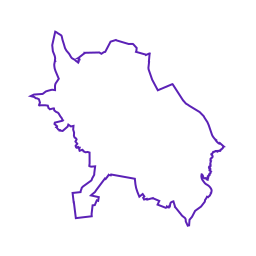 the district of Hamilton City, Waikato, New Zealand, rotated 354°
{"feature_id": "76426892B9049934298416", "entity_name": "Hamilton City", "entity_type": "district", "adm_level": 2, "iso_a3": "NZL", "parent_name": "New Zealand", "parent_adm1": "Waikato", "projection": "robinson", "projection_center": [175.284, -37.773], "detail": "fine", "context": "isolated", "style": "outline", "palette": "violet", "viewbox_px": 256, "rotation_deg": 354, "n_neighbors": 0, "source": "geoboundaries", "source_scale": "gbopen_adm2", "svg_char_len": 5574}
<svg xmlns="http://www.w3.org/2000/svg" viewBox="0 0 256 256"><g transform="rotate(354 128 128)"><path d="M66.2,196.1L66.4,196.1L66.7,212.2L73.3,212.1L82.7,212.0L82.8,209.7L84.7,201.2L86.9,201.2L89.4,196.7L90.7,197.3L91.7,193.7L84.1,191.2L84.7,190.7L87.9,188.6L88.6,188.1L89.5,186.9L99.8,175.8L100.4,176.4L102.6,174.0L103.0,173.5L103.3,173.2L103.3,173.3L103.8,172.7L106.0,173.3L106.4,172.5L129.5,179.2L129.5,183.4L129.5,184.7L129.6,185.9L129.8,188.4L130.1,189.9L130.7,192.7L132.1,197.5L135.7,195.2L137.1,197.8L135.8,199.0L136.5,200.8L139.4,200.4L139.6,201.2L145.4,200.3L145.5,200.7L145.9,200.7L151.5,203.8L149.4,207.3L157.2,211.3L158.1,211.0L158.5,210.1L159.4,211.0L160.3,211.3L160.6,210.7L160.4,210.6L160.5,210.4L160.9,210.5L161.1,209.9L161.5,210.1L162.2,207.5L162.8,206.6L164.4,205.9L165.5,205.7L166.6,211.4L166.5,211.5L166.7,211.8L166.8,211.8L170.6,217.7L170.6,217.8L171.1,218.4L171.9,219.8L172.8,221.1L175.1,223.3L175.6,224.1L175.8,225.0L175.7,226.9L175.7,227.0L177.2,231.4L178.1,231.2L178.6,231.2L179.6,225.7L182.4,223.0L186.1,217.4L192.4,213.8L196.7,209.3L197.1,207.7L198.4,206.2L199.4,204.6L200.4,205.1L200.5,204.9L201.6,204.3L202.2,203.8L202.4,203.6L202.9,202.8L203.5,201.9L203.8,201.5L203.7,201.3L203.9,201.2L204.2,200.5L204.6,199.1L204.6,198.4L204.4,197.5L204.0,196.6L203.7,196.0L203.0,194.9L202.7,194.5L202.6,194.4L201.5,193.3L199.6,191.9L199.0,191.3L198.6,190.8L197.2,188.5L196.4,187.0L196.2,186.3L196.0,185.5L195.9,184.0L196.0,183.3L196.1,182.7L196.4,181.8L196.7,181.9L196.8,182.0L197.3,182.9L197.5,183.4L197.4,184.0L197.5,184.3L197.8,184.8L198.2,185.7L198.5,186.0L199.1,186.1L199.8,185.9L200.3,186.0L200.5,186.1L200.5,186.7L200.8,187.2L201.4,187.7L201.7,187.8L201.9,187.8L201.9,187.7L201.7,187.3L201.9,187.1L201.9,186.6L202.0,186.5L202.4,186.4L202.5,186.1L202.4,185.7L202.6,185.4L202.4,185.2L202.8,184.8L202.9,184.7L202.8,184.4L202.6,184.3L202.5,184.2L203.0,183.8L203.6,183.7L203.8,183.6L203.7,183.4L203.6,183.1L203.7,182.9L204.2,182.8L204.1,182.4L204.1,182.2L204.3,182.0L205.2,181.7L205.3,181.5L205.4,181.3L205.3,180.9L205.6,180.5L205.6,180.3L205.9,180.1L205.6,179.8L205.7,179.5L205.6,179.4L205.2,179.0L204.7,178.7L204.8,178.5L205.3,178.4L205.4,178.0L205.6,177.7L205.7,177.4L205.6,177.2L205.2,177.3L204.9,176.9L204.5,176.8L204.5,176.6L204.8,176.0L204.8,175.9L204.5,175.7L204.4,175.5L204.7,174.9L204.8,174.9L205.2,175.0L205.7,175.0L206.0,174.8L206.2,174.2L206.1,173.9L206.0,173.7L206.3,173.3L206.2,173.1L206.0,172.8L206.0,172.4L206.2,172.0L206.2,171.7L206.4,171.4L206.5,170.8L206.7,170.5L206.7,170.2L207.0,169.8L207.1,169.6L206.7,169.4L206.6,169.2L206.6,168.7L206.8,168.3L206.8,167.7L206.8,167.4L207.0,167.2L207.7,167.0L207.8,166.9L207.9,166.5L208.1,166.5L208.3,166.2L208.6,166.1L208.9,165.9L209.2,165.1L209.1,164.3L208.8,164.0L208.7,163.4L208.1,163.1L208.1,162.8L208.2,162.6L208.8,162.6L209.0,162.5L209.1,162.4L209.2,162.0L209.6,161.7L209.8,161.4L210.0,160.9L210.3,160.6L210.6,160.6L211.0,160.8L211.3,160.7L211.6,160.6L212.0,160.5L212.3,160.1L212.7,160.0L213.0,160.1L213.6,160.4L213.5,160.1L214.1,160.1L214.6,160.4L214.8,160.4L215.1,160.2L215.3,160.1L215.7,160.3L216.2,160.2L216.7,160.4L217.1,160.5L217.4,160.3L217.4,159.8L217.6,159.4L217.9,159.2L218.5,159.2L219.0,158.7L219.6,158.4L219.9,158.0L220.2,157.8L220.3,157.5L220.5,157.4L220.6,156.9L220.9,156.6L221.4,156.5L217.7,152.5L217.1,153.1L216.4,152.6L214.9,150.9L214.0,149.5L214.4,149.2L213.0,147.8L211.5,145.3L210.9,143.8L210.7,143.0L208.6,133.7L207.6,130.5L206.2,127.8L204.9,125.2L204.7,124.5L204.4,124.0L200.9,119.6L200.1,119.0L198.0,117.4L191.3,112.3L189.6,110.8L188.6,110.2L187.8,109.3L185.8,106.4L185.7,106.4L177.0,89.2L176.7,89.0L161.6,93.6L157.1,82.5L154.6,71.8L154.6,70.2L155.9,64.4L155.7,64.2L157.1,57.1L157.4,56.2L157.1,56.1L153.4,57.3L153.2,56.8L143.9,53.1L144.4,52.1L145.0,49.3L142.2,45.5L141.6,44.9L137.4,44.5L125.8,39.7L125.5,39.5L125.2,39.2L119.7,40.3L113.3,49.9L111.8,50.1L109.3,51.4L107.4,49.9L93.0,48.7L93.1,48.9L91.5,49.7L86.1,53.1L85.2,53.5L86.1,53.8L86.4,53.9L87.0,54.6L86.9,54.8L86.9,55.0L86.5,55.1L86.4,55.0L86.3,55.4L85.8,55.9L85.9,56.1L85.9,56.4L86.0,56.6L85.9,56.8L85.6,57.4L85.3,57.8L84.7,57.1L83.3,55.9L82.3,54.7L81.5,54.1L79.8,52.9L79.3,52.4L78.5,51.0L77.8,49.3L77.1,47.9L74.9,44.7L74.1,42.9L73.7,41.9L73.5,40.8L73.2,39.1L72.9,37.5L72.1,33.6L71.7,30.1L71.5,29.3L71.3,28.9L70.3,28.1L68.3,26.6L66.7,25.2L65.7,24.6L61.3,37.7L61.3,43.8L62.6,48.4L62.8,49.9L62.8,51.4L62.4,52.9L62.7,53.9L62.2,54.1L61.3,57.0L61.2,58.7L61.3,61.1L61.9,63.9L64.3,71.8L60.6,76.2L60.1,77.4L59.8,78.5L59.4,82.7L56.6,82.0L55.5,82.1L52.9,82.5L50.3,83.0L49.9,83.2L47.0,85.0L46.6,85.2L38.0,84.9L34.6,86.1L38.1,87.4L39.3,88.7L40.6,89.0L42.4,90.1L43.1,93.5L41.9,95.9L42.2,96.3L44.1,96.3L48.3,96.8L50.6,97.4L51.0,99.8L51.5,100.2L52.2,101.2L55.9,100.7L56.4,100.8L56.5,102.7L56.7,103.0L58.2,104.5L58.6,104.7L59.7,105.3L60.5,106.2L62.0,109.5L63.0,111.0L63.8,113.4L64.1,113.6L63.8,113.9L55.8,115.0L55.3,116.3L57.6,118.8L57.1,119.4L57.4,119.4L57.3,120.3L58.5,122.2L59.1,122.6L60.0,122.9L59.8,123.4L62.7,124.1L68.1,120.3L69.0,118.4L71.4,120.5L74.0,120.2L73.3,123.9L73.9,126.9L73.4,130.1L73.9,131.9L75.1,132.8L75.7,133.9L75.6,134.2L74.4,135.7L74.3,136.0L74.5,136.2L75.9,138.4L74.0,140.3L74.4,141.9L75.0,142.3L75.4,141.8L76.5,141.6L76.8,142.0L76.8,142.5L77.8,142.6L77.3,143.6L77.2,144.3L77.5,145.6L80.4,144.9L81.4,146.2L81.3,146.6L83.2,147.7L85.4,147.6L86.0,147.9L87.2,148.4L86.1,159.3L85.6,161.3L85.6,161.9L87.3,162.6L91.3,162.7L89.7,169.6L89.5,171.0L87.1,174.4L86.4,175.9L85.8,176.5L77.1,181.5L75.8,182.6L75.1,184.3L74.6,185.1L74.1,186.8L66.1,186.8L66.2,196.1Z" fill="none" stroke="#5b21b6" stroke-width="2"/></g></svg>